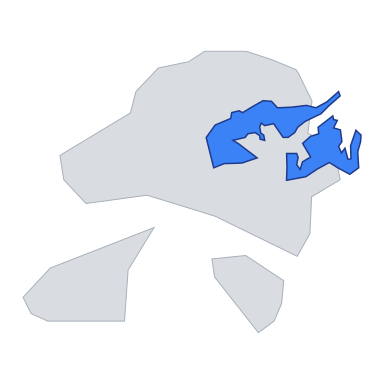 Hong Kong S.A.R., with Tai Po highlighted
{"feature_id": "HKG-5169", "entity_name": "Tai Po", "entity_type": "state/province", "adm_level": 1, "iso_a3": "HKG", "parent_name": "Hong Kong S.A.R.", "parent_adm1": "", "projection": "natural_earth1", "projection_center": [114.263, 22.454], "detail": "fine", "context": "in_parent", "style": "filled", "palette": "blue", "viewbox_px": 384, "rotation_deg": 0, "n_neighbors": 0, "source": "natural_earth", "source_scale": "10m", "svg_char_len": 1629}
<svg xmlns="http://www.w3.org/2000/svg" viewBox="0 0 384 384"><path d="M135.9,91.7L137.7,89.7L158.3,68.0L188.6,61.7L204.5,51.3L246.2,51.3L271.8,59.7L295.9,69.6L298.2,72.8L312.0,101.1L307.8,133.0L333.7,148.4L340.2,179.7L311.6,196.8L309.9,233.7L297.2,256.3L214.8,216.1L147.0,195.2L86.0,203.5L63.8,179.8L59.9,155.4L130.4,112.9L135.9,91.7ZM124.5,321.1L47.6,321.1L31.1,313.5L23.0,297.3L50.3,268.0L154.1,227.5L128.1,270.0L124.5,321.1ZM274.2,321.0L258.4,332.7L214.6,277.0L211.9,258.9L245.7,255.5L283.7,280.7L281.6,303.5L274.2,321.0Z" fill="#d9dde1" stroke="#a8b0b8" stroke-width="1"/><path d="M338.6,91.6L340.1,95.9L328.1,106.5L321.1,113.7L313.6,117.3L305.1,121.4L297.7,127.3L294.7,132.6L288.1,137.4L283.1,137.4L273.7,123.7L264.7,125.6L261.3,123.1L259.7,126.8L260.8,133.2L263.7,135.0L264.7,140.4L260.1,139.2L259.7,135.7L255.2,132.6L247.8,133.8L245.3,137.4L233.0,140.3L238.8,143.9L245.8,149.3L253.9,155.4L257.1,157.9L242.1,163.0L235.1,163.3L224.2,163.6L213.7,167.8L206.2,137.5L215.2,125.0L230.7,118.5L231.7,112.6L239.1,110.8L242.6,112.6L253.6,106.0L263.0,100.7L271.5,101.3L277.5,107.8L291.4,107.2L306.4,105.4L315.9,107.8L326.8,101.9L338.6,91.6ZM286.6,153.5L296.7,153.5L298.1,157.4L296.7,164.7L300.1,169.5L302.6,161.8L310.6,157.0L302.6,143.4L310.6,136.3L318.7,133.8L318.1,127.3L332.8,115.9L333.6,119.6L337.3,120.4L333.6,127.9L340.4,129.9L341.9,141.6L338.6,146.4L341.5,152.8L345.0,148.2L348.0,159.4L351.0,158.8L350.6,145.7L355.9,130.3L361.0,135.0L360.6,141.6L357.7,151.8L358.7,167.8L349.8,174.3L338.8,168.4L329.3,162.5L317.4,169.0L305.9,176.7L286.5,180.3L287.0,167.2L286.6,153.5Z" fill="#3b82f6" stroke="#1e3a8a" stroke-width="1.5"/></svg>